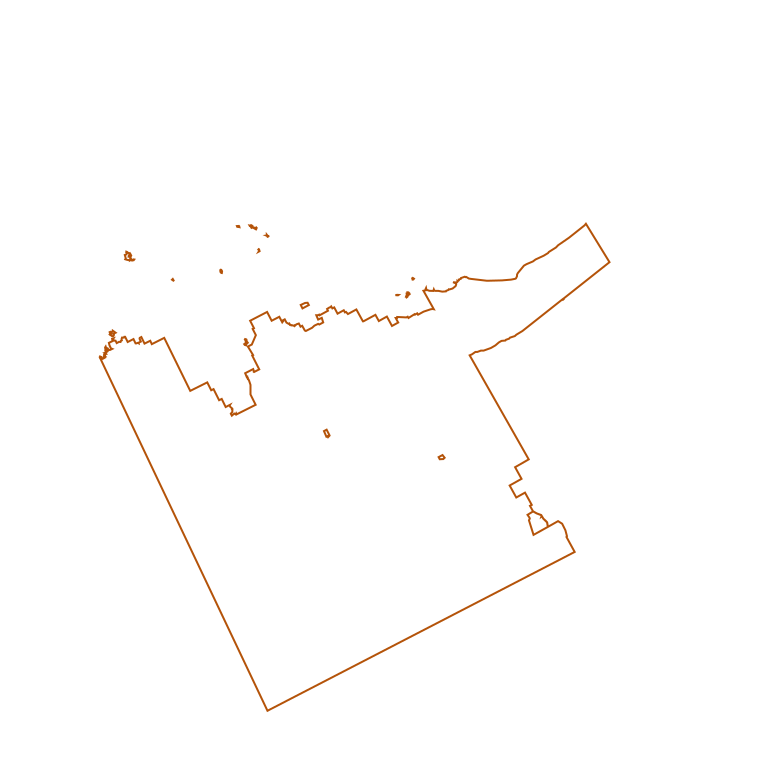 Unincorporated SA, South Australia, Australia (orthographic projection), rotated 152°
{"feature_id": "25037944B19571193858150", "entity_name": "Unincorporated SA", "entity_type": "district", "adm_level": 2, "iso_a3": "AUS", "parent_name": "Australia", "parent_adm1": "South Australia", "projection": "orthographic", "projection_center": [135.729, -30.866], "detail": "fine", "context": "isolated", "style": "outline", "palette": "amber", "viewbox_px": 768, "rotation_deg": 152, "n_neighbors": 0, "source": "geoboundaries", "source_scale": "gbopen_adm2", "svg_char_len": 6182}
<svg xmlns="http://www.w3.org/2000/svg" viewBox="0 0 768 768"><g transform="rotate(152 384 384)"><path d="M622.4,541.2L640.3,150.2L294.5,146.2L294.7,163.3L293.9,163.7L292.5,169.7L292.3,177.0L294.7,181.2L306.3,180.9L304.9,185.3L305.4,187.2L306.5,190.3L306.7,194.5L309.9,198.1L312.2,201.7L312.3,207.9L310.3,207.9L310.5,221.9L320.5,221.7L320.7,235.4L307.1,235.7L307.3,249.0L291.6,249.5L294.9,369.1L292.4,368.9L288.3,369.4L286.6,368.5L282.8,368.0L280.3,366.7L272.7,365.6L267.5,365.8L263.0,366.8L260.0,366.9L256.4,365.4L255.6,365.8L252.2,365.3L251.1,365.8L246.0,364.9L244.0,365.4L236.9,365.8L186.5,375.0L186.4,374.4L185.5,374.6L185.5,375.1L127.7,385.7L130.5,430.7L132.5,429.9L152.0,426.3L165.0,424.8L168.1,423.8L176.4,423.2L177.7,422.6L182.8,422.3L191.7,422.8L195.0,422.3L201.9,422.9L204.9,422.8L213.8,419.1L215.1,418.2L216.0,416.7L217.9,415.3L218.8,415.3L222.8,416.5L231.2,420.1L244.6,426.8L257.9,436.0L259.6,437.3L261.1,439.9L261.9,440.1L262.3,440.8L266.3,441.4L266.8,440.8L268.9,441.1L269.2,440.4L270.8,440.1L270.9,440.4L271.3,439.7L272.2,439.5L274.5,441.0L274.7,440.8L274.1,440.0L273.3,439.9L273.1,439.2L273.6,437.9L274.9,436.8L278.6,436.1L282.0,436.8L282.3,437.2L283.3,436.8L285.3,437.1L285.8,436.7L289.2,438.2L292.4,440.8L294.9,442.1L295.7,442.9L295.6,444.1L296.7,443.0L300.2,445.0L302.3,447.3L301.8,449.0L302.7,448.3L302.5,447.7L303.0,447.1L305.4,447.8L304.9,426.6L306.0,427.5L307.9,428.1L315.1,429.3L321.4,429.2L321.5,430.8L324.1,430.7L324.2,431.3L331.4,430.8L331.5,432.3L333.0,432.3L340.9,437.0L341.4,436.2L342.7,436.8L342.6,431.6L349.7,431.5L349.8,442.2L359.0,442.0L359.1,449.1L372.8,449.0L373.2,449.2L373.4,462.8L383.0,462.7L383.7,465.5L384.9,465.6L384.9,468.0L392.0,467.9L392.0,475.0L394.1,475.0L394.2,477.3L395.3,476.9L396.1,477.2L399.0,477.0L399.1,475.0L408.6,474.9L408.7,475.7L409.6,475.6L411.5,476.5L411.9,471.8L407.9,471.6L408.8,466.9L413.2,466.9L413.9,468.0L418.0,468.2L421.1,467.4L428.1,467.5L428.8,468.4L428.9,473.8L430.8,473.8L430.8,477.4L433.3,477.8L435.6,477.2L435.6,477.9L436.5,477.9L437.8,479.3L438.4,479.3L439.0,480.6L439.3,480.6L439.2,481.9L440.0,481.9L441.3,484.0L441.3,487.7L444.4,487.7L443.8,486.7L444.9,486.2L444.9,492.5L453.5,492.6L453.4,502.5L472.5,502.7L472.6,494.3L474.1,494.3L474.2,487.3L482.2,480.9L486.6,481.0L486.0,471.0L487.0,471.0L487.3,455.5L493.1,455.6L493.3,456.0L492.8,456.7L492.5,458.6L501.5,458.7L501.9,454.6L501.3,454.6L501.7,453.4L501.4,453.1L501.9,452.1L501.5,451.6L501.6,450.0L502.3,445.9L506.8,437.4L507.1,425.9L528.3,426.4L528.3,427.4L529.2,426.7L530.1,428.2L533.2,427.5L533.2,429.7L531.1,430.5L529.7,432.8L530.1,433.1L529.6,433.8L530.4,435.7L530.5,437.5L529.8,437.9L534.6,438.0L534.3,447.0L537.2,447.1L536.9,459.5L539.5,459.6L539.3,468.4L558.3,468.9L556.4,527.9L570.3,528.2L570.1,531.9L576.5,532.1L576.2,539.4L578.0,539.4L578.6,538.7L578.8,535.6L581.3,535.7L581.5,535.1L582.0,535.9L583.9,536.2L584.3,536.5L584.1,541.3L590.6,541.4L590.4,547.2L591.1,547.6L592.0,547.1L593.5,548.0L594.7,546.8L595.0,545.6L596.0,545.6L596.9,544.8L598.1,545.6L600.8,545.6L600.7,548.3L601.4,548.6L602.6,550.7L601.4,551.3L602.8,551.6L603.3,550.0L603.1,550.0L603.1,549.3L607.6,549.5L608.2,547.1L608.4,543.7L607.5,542.6L610.1,542.7L610.9,543.3L611.3,543.9L611.2,544.9L612.4,546.7L612.2,547.7L613.1,547.2L613.3,546.6L612.9,546.4L613.3,545.8L612.9,545.3L613.7,545.4L613.9,545.1L612.3,545.0L612.7,544.5L611.9,543.1L612.8,542.6L614.5,543.3L614.7,542.2L615.5,542.4L615.1,541.9L615.9,541.7L615.6,541.1L616.0,541.2L616.6,540.5L616.9,541.0L617.0,540.6L617.6,540.9L617.8,540.5L617.5,539.7L618.1,540.0L618.7,539.6L618.9,539.0L618.3,539.1L618.1,538.5L619.3,538.7L619.2,538.3L620.6,538.3L620.8,539.0L621.2,539.3L621.1,539.9L621.6,540.1L621.3,540.5L621.8,540.6L621.5,540.9L621.8,541.6L622.4,541.2ZM312.2,201.5L310.0,198.1L306.8,194.4L306.8,193.5L307.2,193.1L306.7,193.2L306.6,190.3L305.0,185.3L306.4,180.9L322.8,180.6L320.0,195.6L318.5,196.7L318.3,197.7L318.7,201.1L312.2,201.5ZM459.6,364.5L459.1,370.6L456.1,370.6L456.2,364.5L456.7,364.5L456.6,363.9L458.4,363.3L458.5,364.5L459.6,364.5ZM366.9,289.9L370.1,291.4L370.1,293.8L365.7,293.8L365.1,290.4L366.9,289.9ZM546.1,611.2L546.6,611.6L548.1,611.8L548.8,612.9L549.5,612.8L548.5,613.8L548.5,614.6L549.1,614.1L548.8,614.9L547.3,615.8L547.6,616.5L549.6,616.5L549.4,616.9L547.3,617.7L546.9,617.4L546.9,617.8L547.6,618.1L547.3,618.7L547.8,618.7L547.6,619.3L548.1,619.8L549.0,620.1L548.9,620.5L549.3,620.6L548.9,621.2L549.4,621.8L549.8,621.2L549.3,620.1L550.8,619.4L552.3,619.6L553.0,616.2L553.9,615.6L552.4,614.1L548.3,611.2L546.9,610.8L546.1,611.2ZM413.3,489.0L413.3,491.6L415.6,492.6L420.4,492.9L420.5,489.0L413.3,489.0ZM596.9,555.3L598.5,558.5L599.1,557.7L600.2,557.5L600.8,557.9L600.6,558.1L600.9,558.5L601.9,558.6L602.1,557.8L601.7,556.6L602.9,556.4L602.6,555.6L602.0,555.6L601.7,554.0L600.6,553.4L600.0,553.5L599.3,554.4L599.6,555.4L596.9,555.3ZM485.5,488.9L485.8,488.7L485.3,488.0L485.9,488.0L486.0,487.1L485.7,487.3L485.7,486.9L486.4,485.8L487.6,484.8L488.7,484.8L488.6,483.9L487.6,482.9L486.7,483.9L484.9,484.4L485.2,486.2L484.8,487.1L485.0,487.9L484.8,488.2L485.5,488.9ZM424.5,582.3L426.4,584.2L426.5,584.9L426.0,585.2L426.4,586.2L426.8,586.7L427.6,586.4L428.3,587.0L428.3,586.4L427.8,586.0L427.7,584.1L427.2,584.1L426.1,583.3L424.4,580.6L423.5,581.2L423.3,581.5L423.7,581.7L423.5,582.2L424.5,582.3ZM319.0,452.0L319.4,453.4L320.3,454.0L320.7,453.3L321.5,453.4L321.9,452.2L322.6,451.6L322.1,451.6L322.0,450.9L323.2,449.9L324.5,449.7L322.4,450.0L320.7,451.5L320.4,451.5L320.4,451.3L321.2,450.6L320.1,451.4L319.4,451.3L319.4,451.7L319.0,452.0ZM475.1,558.1L474.1,559.4L474.0,559.9L474.1,561.2L474.6,561.6L475.1,561.4L475.8,559.8L475.5,558.4L475.1,558.1ZM438.2,591.0L437.8,591.2L437.9,591.7L439.7,592.5L439.8,591.7L438.2,590.5L438.2,591.0ZM417.1,569.3L417.4,570.8L417.7,570.2L418.3,570.4L417.8,569.8L417.7,568.6L417.0,568.4L416.9,567.9L416.6,569.0L417.1,569.3ZM521.1,573.4L521.2,575.9L522.2,575.6L521.1,573.4ZM308.8,464.2L309.5,464.1L309.7,463.0L309.0,463.1L308.8,462.6L308.1,462.9L308.8,464.2ZM329.3,455.8L330.6,456.6L332.2,457.1L330.1,455.7L330.4,455.6L329.3,455.8ZM431.4,561.4L431.8,560.1L432.5,559.7L431.5,559.7L431.1,561.6L431.3,561.9L431.7,561.7L431.4,561.4Z" fill="none" stroke="#b45309" stroke-width="2"/></g></svg>